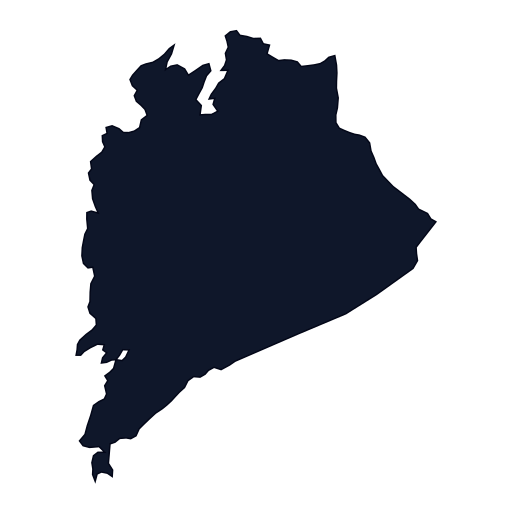 Timbé do Sul, Santa Catarina, Brazil
{"feature_id": "56859067B25320929028049", "entity_name": "Timbé do Sul", "entity_type": "district", "adm_level": 2, "iso_a3": "BRA", "parent_name": "Brazil", "parent_adm1": "Santa Catarina", "projection": "natural_earth1", "projection_center": [-49.896, -28.823], "detail": "fine", "context": "isolated", "style": "filled", "palette": "ink", "viewbox_px": 512, "rotation_deg": 0, "n_neighbors": 0, "source": "geoboundaries", "source_scale": "gbopen_adm2", "svg_char_len": 2805}
<svg xmlns="http://www.w3.org/2000/svg" viewBox="0 0 512 512"><path d="M235.1,361.2L297.3,334.2L345.9,313.7L351.4,310.2L376.5,294.5L413.0,268.4L417.5,260.6L416.5,253.6L416.1,247.3L419.9,242.3L435.9,221.8L430.8,218.9L427.5,213.5L422.8,211.2L418.5,209.1L415.3,204.5L409.7,199.3L393.0,186.5L382.5,175.6L379.1,169.2L376.1,163.8L373.9,157.6L371.0,151.0L369.6,142.9L365.0,137.2L359.3,135.1L354.6,134.3L349.5,132.6L344.1,130.4L339.3,128.2L335.9,122.7L335.8,114.9L337.4,107.9L338.2,97.9L336.4,88.2L336.5,81.3L336.9,73.0L336.5,65.1L334.8,55.6L328.8,57.3L324.8,61.0L320.3,63.6L314.3,64.9L307.4,65.8L301.2,66.5L297.3,61.9L291.2,60.2L284.3,59.9L278.5,60.6L272.3,57.0L267.0,53.8L269.5,45.1L263.3,43.8L260.4,38.3L253.3,38.5L246.9,36.5L239.9,35.3L236.5,30.7L230.3,31.8L225.3,35.9L227.0,41.1L228.3,47.2L225.4,53.3L226.5,59.9L224.6,65.6L221.0,70.4L228.0,70.3L224.4,78.7L218.7,83.1L215.8,88.2L211.3,94.3L209.1,99.0L214.8,98.3L213.1,104.4L217.8,111.2L211.5,114.5L205.1,114.5L200.0,114.9L201.3,105.5L195.8,99.6L198.9,93.7L202.2,87.7L204.1,81.9L206.5,75.8L210.8,70.8L208.9,63.7L202.9,65.4L195.1,70.8L188.4,75.2L184.6,68.9L177.2,64.9L170.8,66.2L165.5,69.7L167.1,61.9L171.5,53.8L174.1,45.1L169.3,48.6L164.5,54.2L158.9,58.8L152.9,62.3L145.8,64.0L141.1,65.8L136.7,70.6L132.6,75.2L130.0,79.5L132.4,85.7L137.3,90.2L134.3,95.7L136.4,101.3L140.9,105.1L145.0,109.4L147.2,115.4L141.4,119.8L139.6,127.6L134.3,131.1L128.8,132.6L123.3,132.5L119.0,128.7L112.1,125.8L106.1,127.5L107.1,133.4L102.3,135.7L102.6,141.7L104.9,146.9L101.8,152.2L96.6,156.2L90.6,161.6L91.6,168.9L88.5,173.0L90.0,180.2L94.2,184.6L91.9,190.4L92.6,198.7L95.4,206.6L98.3,213.1L91.2,211.1L86.9,212.6L86.8,219.0L87.7,228.6L84.9,234.2L83.5,241.2L82.3,247.6L81.9,255.9L83.5,263.5L88.0,267.9L92.8,267.2L94.7,276.2L90.9,283.7L90.2,292.1L90.0,301.6L88.0,306.9L90.0,313.3L95.9,318.5L96.4,325.0L92.1,330.0L86.2,334.4L79.9,340.1L77.5,344.5L77.1,349.9L76.1,355.2L80.7,355.2L84.0,351.6L90.3,347.7L97.4,344.2L104.3,344.7L102.8,349.9L106.7,352.8L102.6,357.8L101.4,363.0L106.6,362.3L111.6,360.0L116.0,359.7L113.6,368.4L109.9,372.2L104.9,375.9L107.8,380.6L104.7,385.7L106.6,394.0L104.3,399.0L99.0,401.6L93.5,405.5L90.7,415.6L87.3,425.7L85.0,434.4L79.5,440.9L83.1,445.7L89.5,447.4L99.1,446.6L104.8,452.3L97.9,452.3L93.5,455.7L91.9,462.7L92.9,469.1L92.6,474.5L95.2,481.3L97.1,474.0L101.4,472.0L107.4,473.2L112.2,476.5L112.6,470.0L108.4,463.4L110.0,443.9L115.0,442.2L119.7,438.4L126.2,437.9L130.7,438.7L136.0,435.8L139.1,428.9L143.4,424.6L148.9,419.3L155.5,413.2L162.4,408.6L166.7,405.1L171.4,400.8L175.0,396.8L179.3,392.2L184.5,387.5L187.9,380.7L193.6,376.6L200.1,377.1L205.1,374.2L208.4,370.4L214.0,367.3L221.1,369.6L229.6,365.0L235.1,361.2ZM116.0,359.7L119.5,355.2L122.7,349.7L129.1,349.9L125.7,357.1L122.1,360.6L116.0,359.7Z" fill="#0f172a" stroke="#020617" stroke-width="1.5"/></svg>